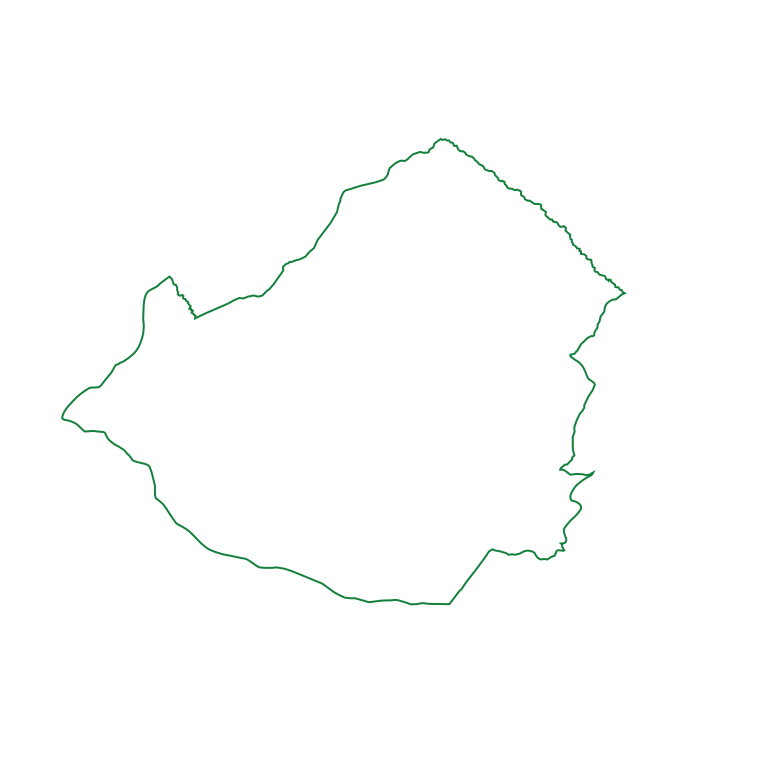 outline of Basankusu, Équateur, Democratic Republic of the Congo, rotated 217°
{"feature_id": "63176286B59821830207387", "entity_name": "Basankusu", "entity_type": "district", "adm_level": 2, "iso_a3": "COD", "parent_name": "Democratic Republic of the Congo", "parent_adm1": "Équateur", "projection": "orthographic", "projection_center": [19.985, 1.055], "detail": "fine", "context": "isolated", "style": "outline", "palette": "green", "viewbox_px": 768, "rotation_deg": 217, "n_neighbors": 0, "source": "geoboundaries", "source_scale": "gbopen_adm2", "svg_char_len": 6166}
<svg xmlns="http://www.w3.org/2000/svg" viewBox="0 0 768 768"><g transform="rotate(217 384 384)"><path d="M620.0,340.7L623.2,329.9L623.9,325.4L626.5,320.0L627.6,317.5L628.1,315.7L628.1,313.7L627.8,311.3L625.9,306.7L623.0,301.8L615.6,291.2L610.9,286.0L608.0,281.6L606.6,279.2L604.9,275.2L603.1,269.7L602.2,265.7L601.9,261.4L602.1,257.6L603.8,250.6L605.9,244.5L607.9,241.5L608.0,239.9L609.0,238.9L609.7,237.6L608.6,228.9L609.1,218.2L609.1,214.2L609.2,212.3L609.5,210.6L610.0,209.6L611.9,208.0L615.0,205.5L616.9,203.5L618.7,198.8L620.3,193.7L621.6,187.3L622.1,183.5L622.6,178.4L622.9,174.3L622.7,170.1L622.2,167.1L621.3,164.4L620.9,163.8L620.2,163.0L619.4,162.8L618.0,163.0L615.5,164.2L612.0,165.7L608.7,166.5L605.3,167.0L601.1,166.6L596.7,166.1L595.1,165.9L594.3,166.1L591.4,168.5L588.3,171.3L584.7,173.4L580.8,175.8L579.2,176.8L578.1,177.0L576.8,176.8L574.7,175.6L572.5,174.5L570.2,173.9L566.7,173.6L562.5,173.6L558.2,174.4L555.0,174.6L551.3,174.8L548.8,174.1L543.9,173.4L541.3,172.7L539.9,172.1L538.9,171.9L537.6,172.0L534.4,173.0L527.4,176.1L525.6,176.7L524.3,177.0L523.2,177.1L521.7,176.9L520.5,176.2L517.2,174.2L514.0,171.7L505.7,164.9L501.6,159.4L499.5,157.0L497.2,155.4L493.8,155.4L490.7,155.3L487.3,154.9L482.5,153.3L471.3,149.3L466.7,147.9L464.3,147.8L459.3,148.6L454.7,149.1L450.8,149.1L445.7,148.5L440.8,147.7L437.1,147.1L433.7,146.7L430.5,146.5L427.2,146.4L424.0,146.6L420.0,147.6L416.0,148.9L410.7,150.8L401.2,155.4L393.0,159.2L389.9,160.9L387.2,161.6L382.1,161.9L377.9,162.0L375.0,162.2L372.7,162.8L368.0,165.8L363.2,169.5L359.2,173.0L352.5,176.5L345.6,178.9L333.7,182.1L322.4,185.0L313.3,187.4L298.3,187.7L292.8,188.5L286.9,189.7L281.5,192.9L278.1,195.5L269.0,199.0L264.7,200.7L255.2,209.9L247.9,215.7L245.3,218.2L243.3,219.5L238.4,221.4L233.8,223.1L230.1,224.1L228.1,225.7L225.7,227.6L221.5,232.1L215.6,235.6L199.3,247.5L199.2,264.2L198.6,267.0L199.1,274.8L198.8,290.8L198.9,298.8L198.9,306.2L199.4,313.4L197.9,317.3L195.3,317.8L190.7,320.2L184.7,322.4L181.9,322.5L179.3,325.0L176.5,326.6L173.5,330.3L171.4,334.7L168.8,337.7L164.2,339.7L161.9,339.6L157.7,337.9L154.4,337.8L152.9,338.5L150.5,340.9L148.0,342.1L146.4,346.4L144.3,349.7L145.6,354.3L145.4,355.3L144.3,356.5L140.3,358.8L139.9,359.6L143.8,361.3L145.1,362.9L146.7,363.1L145.4,364.3L144.1,365.5L143.9,367.5L144.5,369.1L145.9,370.5L147.9,371.6L149.2,372.6L151.0,373.9L152.1,374.9L153.0,376.7L153.2,378.5L153.2,380.9L153.1,384.8L152.5,389.4L151.8,392.8L151.4,396.9L151.3,399.4L151.4,401.5L151.8,403.3L153.0,404.8L154.7,405.6L156.9,405.8L159.2,405.6L161.3,405.0L163.4,404.1L164.8,404.0L166.0,404.6L167.4,406.2L168.4,408.1L168.9,410.2L169.3,413.7L169.4,416.4L169.3,419.3L168.0,424.4L167.4,426.6L165.8,431.0L163.6,435.9L163.4,437.5L163.7,439.3L165.6,434.9L167.8,432.8L170.9,431.5L176.1,428.1L180.4,423.8L188.1,423.6L190.1,422.9L191.6,421.6L192.2,422.8L191.0,428.4L189.3,429.9L188.4,436.6L189.5,438.9L189.0,441.6L193.2,444.9L195.1,447.0L201.5,455.5L203.0,460.5L205.9,463.8L208.3,471.0L209.7,478.3L209.4,482.2L209.8,485.6L211.4,487.8L213.2,497.1L213.7,504.7L215.2,510.4L216.3,510.9L217.6,511.3L220.1,511.3L222.1,511.2L223.7,511.2L225.5,511.9L227.0,512.7L229.3,514.2L233.4,516.5L235.5,517.4L237.3,518.0L240.1,518.5L243.4,518.6L245.4,518.3L247.6,518.3L249.5,518.2L251.4,518.3L252.4,518.8L252.7,519.8L251.7,520.7L250.0,523.0L250.0,525.7L249.6,526.4L250.0,529.7L250.6,534.2L249.1,543.4L247.3,547.0L245.8,548.1L245.5,549.2L247.1,552.3L247.4,557.4L248.5,559.0L249.3,560.6L249.4,563.3L251.7,568.4L251.5,574.0L253.9,578.6L254.5,581.7L253.9,585.0L252.5,588.6L249.7,591.3L247.9,598.7L246.4,601.4L248.8,601.0L250.6,602.1L252.2,601.2L254.9,602.3L257.4,600.7L259.3,602.3L264.0,602.3L265.5,603.5L266.1,603.5L266.7,601.5L267.9,602.4L268.8,601.5L269.8,601.4L271.9,603.0L273.7,602.8L276.9,601.2L278.4,601.1L280.7,601.9L282.4,601.0L284.2,601.2L285.6,603.6L287.8,603.1L289.2,604.5L291.0,605.5L293.2,607.9L296.1,606.3L297.7,606.1L299.3,607.9L302.0,608.1L304.9,606.5L306.5,608.5L307.9,607.8L309.1,609.7L310.0,609.2L311.6,608.5L313.8,609.4L316.8,609.0L317.9,610.1L319.7,610.6L320.7,612.2L322.3,612.1L324.7,614.1L324.9,615.2L326.0,615.3L331.4,615.7L331.7,616.5L332.6,618.1L335.4,618.4L335.6,618.0L335.9,617.2L337.8,615.6L340.3,615.9L342.6,617.1L343.6,617.0L344.8,616.1L346.0,616.2L346.6,615.5L348.9,616.5L350.2,615.3L356.4,615.9L357.1,616.5L358.2,618.9L361.9,618.8L363.9,618.5L366.3,621.6L368.8,621.0L372.1,618.4L373.8,618.2L375.1,618.4L376.0,618.3L376.6,618.0L377.7,618.2L379.9,616.8L382.6,616.4L384.5,617.7L388.2,617.4L390.3,620.1L392.0,620.2L393.5,619.5L394.3,619.6L396.4,617.4L399.5,616.9L401.4,615.5L403.9,615.1L405.4,616.1L407.9,616.3L408.9,617.3L409.3,617.9L411.4,617.6L411.4,617.1L414.3,615.8L415.9,616.2L416.9,617.0L421.5,617.8L422.8,619.1L426.3,618.9L427.8,617.5L432.5,616.1L436.0,617.7L440.4,616.8L442.5,617.5L446.5,617.6L447.7,618.3L450.6,618.5L452.2,617.6L454.6,616.9L456.8,616.8L458.0,617.5L460.7,617.5L463.4,615.7L466.4,616.2L468.5,617.6L469.5,618.0L470.9,616.5L471.8,616.5L473.5,617.8L474.6,617.9L476.0,617.0L478.9,617.5L480.4,616.3L482.3,616.3L484.6,613.9L486.2,613.8L488.4,606.6L487.1,602.6L488.7,599.0L487.9,596.1L488.7,594.8L491.8,592.3L494.8,591.1L499.1,584.9L500.8,576.4L501.9,574.3L504.2,573.2L505.5,571.7L507.7,567.5L509.4,559.7L508.4,556.6L507.1,553.8L506.9,551.4L506.9,548.8L507.6,546.5L512.0,540.2L521.8,528.4L525.8,522.9L528.1,519.5L530.8,516.1L531.4,514.9L531.8,512.9L531.4,510.6L530.8,508.3L530.3,505.6L528.8,503.6L528.5,500.9L525.0,493.0L523.6,480.5L523.7,459.0L521.7,450.3L523.0,445.2L523.4,438.5L526.4,432.6L528.7,429.9L531.1,426.0L532.8,424.8L533.1,422.7L534.3,421.3L535.2,416.7L532.7,414.0L532.2,397.3L532.6,390.7L533.4,388.8L534.4,381.5L536.1,379.1L537.8,377.7L541.4,376.2L545.4,371.7L547.2,368.6L548.5,367.2L551.4,365.6L554.2,360.6L555.8,356.9L557.1,354.1L569.1,332.9L574.4,322.7L575.6,325.1L577.6,324.9L578.3,325.4L580.5,325.1L580.8,327.6L581.2,327.7L582.4,326.8L583.5,327.9L584.8,327.0L585.2,329.7L588.8,330.4L589.7,331.6L591.8,331.3L593.9,332.2L594.6,331.7L596.4,331.8L597.3,333.6L598.5,333.8L600.0,331.8L600.8,331.4L602.6,331.5L603.4,333.2L605.4,334.2L607.3,336.6L609.7,337.9L611.7,337.1L612.9,337.6L616.4,340.2L620.0,340.7Z" fill="none" stroke="#15803d" stroke-width="2"/></g></svg>